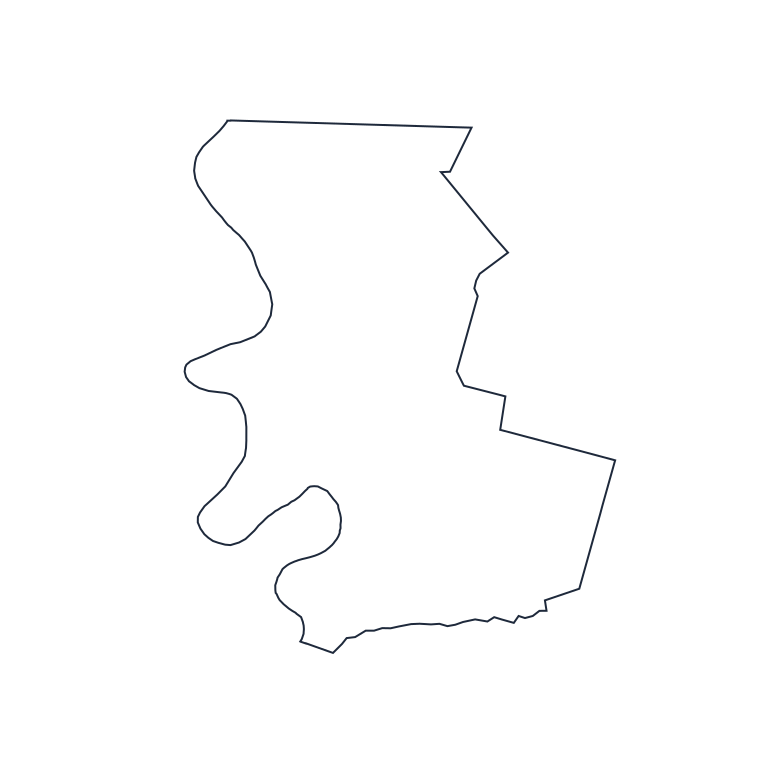 outline of San Javier, Misiones, Argentina, rotated 109°
{"feature_id": "61730980B6185383884221", "entity_name": "San Javier", "entity_type": "district", "adm_level": 2, "iso_a3": "ARG", "parent_name": "Argentina", "parent_adm1": "Misiones", "projection": "mercator", "projection_center": [-55.112, -27.774], "detail": "fine", "context": "isolated", "style": "outline", "palette": "slate", "viewbox_px": 768, "rotation_deg": 109, "n_neighbors": 0, "source": "geoboundaries", "source_scale": "gbopen_adm2", "svg_char_len": 3934}
<svg xmlns="http://www.w3.org/2000/svg" viewBox="0 0 768 768"><g transform="rotate(109 384 384)"><path d="M654.7,379.3L654.7,379.2L654.8,379.0L654.8,374.0L654.8,373.3L654.6,373.3L654.7,364.7L654.9,344.7L643.5,339.1L636.4,336.6L632.7,328.9L623.2,321.0L620.4,313.0L615.4,306.2L612.8,298.2L608.4,291.0L602.2,280.2L599.1,272.3L596.0,261.3L592.7,253.5L592.3,245.2L588.4,238.2L583.3,231.8L576.9,221.2L574.9,208.9L568.6,203.9L568.3,195.7L567.6,183.5L559.5,181.2L559.4,174.5L554.9,167.8L550.5,164.9L547.9,163.2L545.5,156.5L536.2,161.4L514.0,132.7L436.2,137.3L427.8,137.9L383.0,140.5L380.9,140.6L383.5,177.4L389.5,259.2L356.2,265.2L356.7,272.0L359.6,307.9L357.2,310.4L348.3,319.4L270.4,324.0L264.2,329.7L256.2,330.5L248.6,329.4L242.9,325.5L219.4,309.5L208.2,329.2L202.8,338.0L167.3,395.5L165.1,399.1L165.0,398.8L161.8,390.7L113.1,384.7L116.4,395.2L159.8,534.7L165.1,551.7L184.7,614.7L184.9,614.7L185.2,615.5L185.9,617.6L186.0,617.9L186.8,617.8L192.3,619.6L198.3,622.0L205.7,625.7L210.2,628.1L210.4,628.2L217.2,631.8L218.7,632.5L225.2,634.3L230.4,635.3L236.3,634.7L244.1,633.0L245.3,632.4L250.2,629.8L251.1,629.4L251.4,629.1L255.5,625.7L257.2,624.2L258.4,622.6L270.7,606.4L272.1,604.3L275.3,598.9L279.3,591.3L281.3,588.5L283.1,585.7L284.5,583.3L285.9,579.3L287.5,576.7L288.5,574.2L289.0,573.0L290.3,569.6L292.3,566.1L292.6,565.6L294.6,562.0L297.3,558.5L301.3,553.3L302.8,551.6L306.8,548.3L310.4,545.7L312.8,544.1L315.0,542.2L321.9,536.2L327.3,529.5L327.9,528.7L330.7,525.7L331.6,524.7L334.2,521.8L336.0,520.8L343.5,516.5L345.0,515.6L348.1,515.0L352.2,514.2L356.1,513.4L368.1,515.0L368.5,515.1L373.7,517.1L374.7,517.5L379.7,520.9L381.1,521.8L391.3,533.6L393.1,536.6L393.3,537.0L394.6,539.2L396.3,542.1L397.6,543.6L403.2,550.1L404.1,551.1L405.6,552.8L406.3,553.6L412.1,559.5L414.0,561.4L414.8,562.3L415.2,562.6L422.2,570.8L425.4,574.3L430.0,577.1L431.1,577.2L433.0,577.4L437.3,576.5L440.7,574.2L441.9,573.4L444.2,570.2L444.9,569.3L445.5,567.3L446.6,563.9L446.8,563.5L448.0,557.2L447.7,547.8L447.7,547.6L445.1,535.6L444.4,532.6L444.0,530.3L443.8,527.1L443.8,524.7L445.6,519.0L445.9,518.2L449.7,513.2L453.6,509.4L457.7,506.1L459.0,505.0L464.3,502.5L468.5,500.6L469.3,500.2L481.3,496.1L482.1,495.8L486.8,494.4L489.5,493.6L491.4,493.3L496.6,492.3L497.2,492.1L497.8,492.2L503.2,493.1L503.5,493.1L517.2,497.3L519.0,497.7L532.5,500.7L542.7,505.6L555.4,512.5L557.9,513.9L565.4,516.1L568.7,516.5L570.1,516.7L570.3,516.7L575.5,515.0L580.5,510.5L584.5,505.0L586.6,500.0L588.1,494.6L588.1,488.8L587.9,486.3L587.7,482.9L587.6,481.8L587.5,481.4L586.3,476.7L581.1,469.5L575.7,464.5L564.8,458.8L562.2,457.8L558.8,456.6L558.4,456.4L554.9,454.5L553.4,453.7L550.2,452.2L546.7,450.3L545.3,449.2L544.4,448.5L542.2,447.0L539.4,445.3L537.7,443.6L533.9,440.7L531.3,437.8L530.4,436.8L529.5,435.7L525.5,433.3L523.3,431.0L522.7,430.5L521.1,429.4L518.1,427.3L515.5,426.0L514.7,425.6L511.0,423.9L508.1,422.3L507.1,422.2L505.0,420.4L504.1,418.5L503.5,417.1L503.3,416.6L502.7,414.4L502.4,413.2L503.0,409.1L503.7,402.8L505.9,399.6L507.8,396.6L509.3,394.4L511.1,391.2L512.7,389.0L513.5,388.0L516.0,386.8L518.1,385.4L520.0,384.0L521.3,383.1L524.4,381.3L525.2,381.0L527.5,380.1L531.1,379.4L533.5,378.5L534.7,378.1L536.9,378.1L539.4,377.4L541.2,377.5L543.0,377.6L546.1,378.2L548.4,379.0L549.9,379.5L551.0,379.8L553.6,380.9L554.2,381.3L556.1,382.3L558.5,383.8L560.8,385.2L564.5,388.6L566.7,390.9L568.8,393.4L569.9,394.9L571.9,397.7L574.2,401.2L576.2,404.4L578.6,407.8L579.7,409.1L581.0,410.8L583.5,413.5L583.9,413.9L584.0,414.0L584.9,414.9L587.0,416.6L590.6,418.9L592.1,419.7L597.9,420.6L601.7,421.6L603.5,421.4L606.0,421.3L609.7,421.3L610.2,421.1L614.3,419.6L616.8,418.4L617.5,417.2L620.5,414.4L622.3,412.3L624.9,407.2L627.3,400.9L628.4,396.7L629.1,393.1L629.7,392.0L631.4,386.5L633.5,384.8L635.6,383.1L636.2,382.8L638.6,381.3L641.7,380.0L642.7,379.7L644.7,379.2L646.4,378.7L649.0,378.7L649.5,378.7L652.0,378.7L654.7,379.3Z" fill="none" stroke="#1e293b" stroke-width="2"/></g></svg>